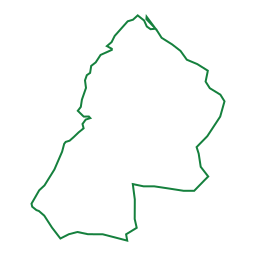 Jungsan, P'yŏngan-namdo, North Korea (Natural Earth projection)
{"feature_id": "82179303B67987786077582", "entity_name": "Jungsan", "entity_type": "district", "adm_level": 2, "iso_a3": "PRK", "parent_name": "North Korea", "parent_adm1": "P'yŏngan-namdo", "projection": "natural_earth1", "projection_center": [125.351, 39.096], "detail": "fine", "context": "isolated", "style": "outline", "palette": "green", "viewbox_px": 256, "rotation_deg": 0, "n_neighbors": 0, "source": "geoboundaries", "source_scale": "gbopen_adm2", "svg_char_len": 1042}
<svg xmlns="http://www.w3.org/2000/svg" viewBox="0 0 256 256"><path d="M146.6,16.7L146.4,19.1L155.6,28.7L150.6,29.2L146.8,26.5L144.1,20.5L137.7,15.4L133.0,19.7L127.7,21.3L114.7,35.9L111.6,42.1L106.9,46.1L111.8,48.8L111.8,49.9L100.6,54.9L95.7,62.4L91.2,65.9L90.1,72.9L86.8,75.2L85.0,80.4L86.0,87.9L81.9,99.7L80.8,106.9L77.8,110.8L83.2,116.1L83.8,116.6L88.8,116.5L90.3,118.1L85.7,119.6L82.5,124.0L83.6,128.3L78.7,132.3L73.9,136.9L69.6,140.7L65.7,141.9L64.2,143.8L62.1,151.7L54.4,169.5L44.5,185.4L39.2,190.3L31.5,203.7L32.2,206.7L36.4,210.1L38.9,211.0L44.3,215.7L52.0,227.6L60.4,238.5L68.9,234.2L77.4,232.0L87.9,234.2L102.8,234.3L127.2,240.6L126.1,234.3L136.7,227.8L134.7,219.0L134.8,199.4L132.8,184.1L143.4,186.3L154.0,186.3L168.8,188.5L183.6,190.8L194.2,190.8L204.8,179.9L208.2,176.5L200.7,166.8L198.7,153.7L196.6,147.1L207.3,136.2L220.2,116.6L224.5,101.3L220.4,94.7L209.8,88.2L205.6,81.6L207.5,72.4L207.8,70.7L197.3,64.1L186.8,59.7L180.5,50.9L172.1,44.4L161.6,37.8L157.4,31.2L146.6,16.7Z" fill="none" stroke="#15803d" stroke-width="2"/></svg>